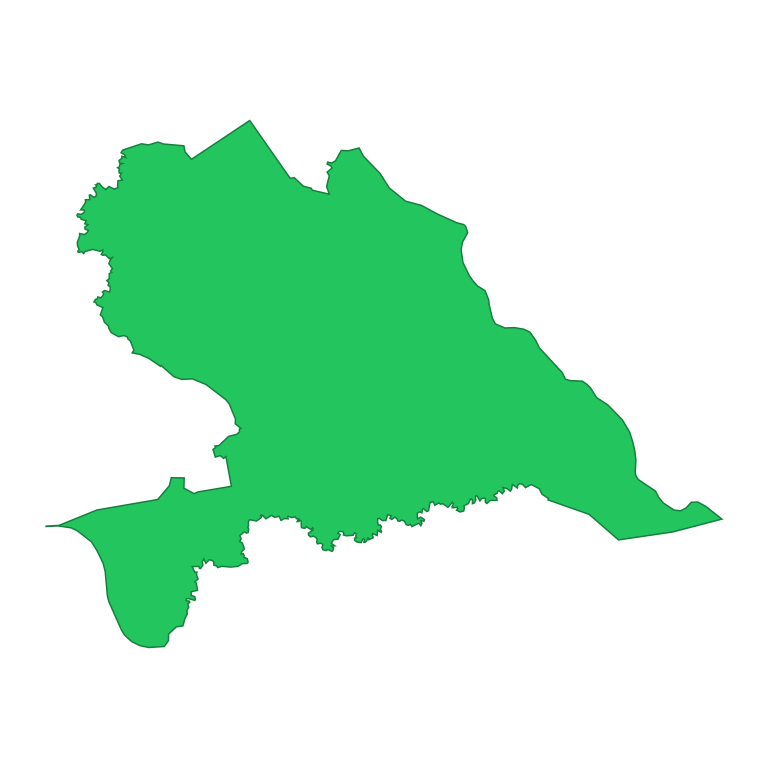 Nīgrandes pag., Saldus, Latvia
{"feature_id": "27541924B79639450642691", "entity_name": "Nīgrandes pag.", "entity_type": "district", "adm_level": 2, "iso_a3": "LVA", "parent_name": "Latvia", "parent_adm1": "Saldus", "projection": "mercator", "projection_center": [22.027, 56.455], "detail": "fine", "context": "isolated", "style": "filled", "palette": "green", "viewbox_px": 768, "rotation_deg": 0, "n_neighbors": 0, "source": "geoboundaries", "source_scale": "gbopen_adm2", "svg_char_len": 6073}
<svg xmlns="http://www.w3.org/2000/svg" viewBox="0 0 768 768"><path d="M421.2,205.3L405.6,201.2L389.3,188.0L380.0,173.4L363.3,156.1L359.1,148.0L348.2,150.8L341.3,150.4L335.5,160.8L331.8,163.0L327.7,162.1L327.1,164.0L331.0,166.2L332.0,168.0L327.1,172.1L329.3,175.8L326.6,186.5L329.3,194.2L312.2,190.2L311.4,188.3L303.3,186.2L294.4,177.8L290.1,178.2L249.7,120.5L191.5,159.3L185.0,151.9L183.9,145.8L163.5,144.0L158.0,142.1L148.5,144.9L141.5,143.8L122.7,150.1L121.1,152.8L124.5,154.6L125.7,157.5L121.9,156.2L121.7,158.4L119.0,160.5L119.6,163.0L122.6,163.6L119.8,164.5L119.4,166.8L117.6,167.7L119.5,169.1L118.9,170.8L119.3,173.0L121.5,173.2L119.7,176.1L122.3,180.1L118.0,180.7L117.5,185.9L118.0,187.6L114.3,189.1L109.0,186.5L105.7,189.5L102.1,186.9L99.5,183.5L97.3,183.4L97.2,184.5L95.6,184.9L96.5,185.8L96.3,187.0L93.3,188.1L96.4,193.3L96.1,196.1L94.1,197.4L90.4,194.8L89.3,195.2L89.8,199.6L85.4,199.7L85.5,202.6L80.6,209.9L83.9,209.9L84.5,211.0L84.2,212.3L81.4,214.3L77.6,213.9L77.0,215.1L77.6,216.8L80.6,217.5L81.2,219.3L86.2,220.7L84.7,223.8L87.9,224.6L84.9,227.0L85.0,229.1L88.4,230.5L87.3,232.5L84.3,234.5L79.6,233.5L79.6,236.2L77.3,242.3L77.5,245.9L79.1,249.4L77.8,251.3L78.2,252.4L81.9,251.7L83.7,253.5L84.9,251.6L92.6,249.4L100.1,251.3L102.8,250.0L102.6,252.3L101.2,254.3L102.6,255.3L105.5,254.9L109.2,258.6L112.2,257.6L110.1,260.3L108.9,263.7L112.4,268.6L110.6,270.9L111.7,272.4L109.2,273.6L109.3,278.6L106.8,280.6L108.9,282.6L108.1,285.6L110.0,286.2L110.3,289.8L109.4,292.0L104.5,290.5L102.4,292.0L103.4,293.1L103.4,294.8L100.8,297.9L97.9,296.9L97.0,299.1L95.6,299.3L93.9,301.9L95.8,302.5L96.8,304.8L102.9,307.6L100.3,314.9L102.6,316.9L104.4,322.2L108.5,326.1L108.8,328.3L111.4,332.8L118.6,336.7L123.8,335.6L127.3,336.8L127.8,338.9L130.4,341.0L133.9,350.1L132.2,352.9L139.6,354.3L148.5,358.2L160.3,366.2L161.1,365.5L173.6,376.5L181.5,379.4L192.4,378.9L206.0,384.5L225.6,399.5L229.1,403.6L235.5,419.1L235.2,423.8L240.9,428.3L239.4,429.0L239.4,432.0L236.6,434.4L228.5,436.4L219.0,445.5L214.9,446.1L215.7,447.4L213.0,449.4L215.3,457.1L220.3,455.6L223.5,458.4L225.9,456.6L231.4,486.3L198.0,491.9L194.3,493.7L183.9,488.2L184.2,477.9L171.3,477.7L169.3,485.8L157.7,499.5L96.9,510.0L59.0,525.4L46.1,526.1L46.1,526.5L57.9,525.9L71.0,527.8L77.2,530.7L91.5,541.9L97.1,550.9L103.1,563.2L105.2,571.6L107.4,595.9L108.9,601.8L121.2,629.5L124.6,635.1L131.5,641.5L139.8,645.6L148.9,647.5L164.3,646.5L168.5,640.6L168.6,634.1L176.3,626.9L182.9,625.9L184.9,618.7L187.3,613.9L186.9,610.3L188.7,607.3L187.8,603.8L189.8,602.4L189.4,601.2L186.3,600.7L186.3,599.0L188.2,598.5L194.9,600.4L195.4,599.2L194.7,596.5L191.2,595.5L191.2,591.7L197.5,590.4L196.4,583.2L194.9,581.9L198.1,578.9L196.8,575.7L196.5,573.4L197.0,572.2L194.6,571.9L192.2,566.6L198.8,566.4L199.5,568.4L200.5,568.6L202.9,565.2L202.3,561.9L203.8,558.9L205.9,563.3L209.1,559.8L212.5,560.5L213.8,562.4L213.9,565.2L216.6,565.9L217.7,567.6L221.7,566.3L230.8,567.1L238.2,566.3L242.1,563.7L247.3,563.4L248.1,562.2L247.3,558.6L243.8,557.3L244.2,555.6L243.2,553.6L241.1,554.1L241.7,551.6L244.2,549.2L244.2,548.1L242.2,542.8L239.6,541.5L241.2,538.8L239.7,535.7L244.5,531.7L246.5,533.1L248.1,532.6L248.7,529.1L247.8,527.2L248.5,525.6L248.4,521.7L249.5,519.7L256.6,521.0L261.3,517.5L261.6,516.5L260.6,515.6L261.1,515.0L263.1,515.8L265.9,518.8L271.5,515.4L274.8,517.3L279.1,516.3L281.0,520.4L284.3,518.6L288.2,518.8L287.5,516.9L288.0,516.2L291.8,517.6L295.5,516.8L296.3,518.7L298.6,518.9L297.1,521.6L299.1,521.4L299.5,519.8L301.2,521.1L301.3,527.1L302.0,527.9L304.9,528.3L306.2,526.6L311.0,529.6L312.7,527.7L313.3,529.0L312.9,530.1L308.3,533.3L308.7,535.3L310.5,536.9L313.3,536.1L315.6,537.3L317.2,539.2L316.6,542.3L317.4,543.8L320.9,543.2L322.3,544.1L322.9,545.2L321.9,547.5L323.0,549.8L326.0,550.6L328.0,549.5L331.9,551.4L332.8,550.8L333.6,547.9L331.5,546.1L334.8,545.8L331.3,543.3L333.5,539.7L338.0,539.2L340.2,534.6L337.8,533.1L339.5,531.4L343.0,531.6L343.8,533.2L343.4,535.0L346.4,535.8L353.1,535.3L354.3,533.0L355.3,532.9L356.2,534.0L355.8,536.3L356.5,537.5L354.5,538.2L354.7,540.4L356.8,542.0L361.3,542.6L362.7,539.2L363.8,538.6L364.5,539.4L363.8,542.2L364.7,542.4L366.5,541.3L367.9,538.0L368.7,538.3L368.9,539.7L373.3,537.7L372.2,534.4L372.6,533.6L377.1,535.5L377.7,530.3L381.1,532.4L381.5,531.4L380.5,529.5L381.4,526.5L380.2,525.0L378.3,525.1L377.6,522.0L377.7,518.8L379.2,518.4L382.5,520.6L385.9,520.5L387.6,514.7L391.2,515.9L389.9,518.3L391.8,519.5L394.9,517.1L397.4,519.3L397.8,520.9L399.7,521.3L401.5,520.0L404.3,521.0L406.3,524.7L408.5,525.3L410.3,524.3L411.9,526.6L418.8,523.2L420.8,525.7L421.9,523.4L420.7,520.7L424.0,521.2L424.4,519.6L420.7,517.1L417.5,518.8L417.2,513.3L419.3,511.9L421.9,512.8L422.5,509.2L423.3,508.5L426.8,511.5L428.6,510.7L430.0,502.4L433.4,501.8L434.8,505.2L438.9,503.0L440.4,504.2L442.7,503.7L448.0,507.3L452.3,502.3L453.5,503.9L452.0,506.6L452.2,507.8L457.3,507.3L457.8,508.5L456.5,510.2L460.2,512.0L463.7,511.0L464.4,507.8L464.0,505.7L468.4,503.6L470.6,498.9L472.4,499.8L472.4,503.7L474.3,503.0L475.8,500.0L475.4,496.2L475.9,495.7L477.2,496.1L479.9,500.9L481.9,498.4L484.7,498.0L485.4,499.0L485.4,502.3L486.9,503.5L490.2,500.4L497.0,500.4L496.7,497.8L494.0,496.0L494.0,494.7L497.1,493.4L497.8,491.2L499.0,490.8L502.4,493.7L504.4,491.0L502.8,487.5L507.1,488.6L510.4,491.2L511.5,489.5L512.4,484.5L517.4,488.0L517.7,485.4L519.6,483.5L522.6,484.4L525.5,487.6L531.2,484.5L539.2,488.7L542.1,494.3L548.3,498.3L548.0,499.9L589.0,514.3L618.5,539.9L672.5,532.0L721.9,519.1L705.8,506.4L697.8,502.0L691.3,502.3L686.1,507.9L680.5,510.8L674.1,510.1L663.3,503.0L658.8,497.5L655.5,491.1L638.4,479.6L635.9,475.8L635.2,472.5L635.9,459.9L634.7,450.3L632.8,442.1L629.7,432.2L622.3,419.8L607.9,405.0L596.6,397.6L590.6,388.0L587.2,384.6L582.5,381.2L570.3,380.6L565.4,379.2L562.4,372.8L539.3,347.8L535.7,340.4L530.0,332.2L523.9,329.2L514.3,327.6L504.9,328.0L495.3,323.8L492.4,318.4L489.1,304.3L488.7,299.8L485.0,290.6L477.7,286.1L473.2,281.2L469.3,275.6L463.0,262.6L461.1,249.7L462.5,242.2L467.7,232.7L465.6,226.3L463.8,224.6L456.4,222.6L437.4,214.0L421.2,205.3Z" fill="#22c55e" stroke="#15803d" stroke-width="1.5"/></svg>